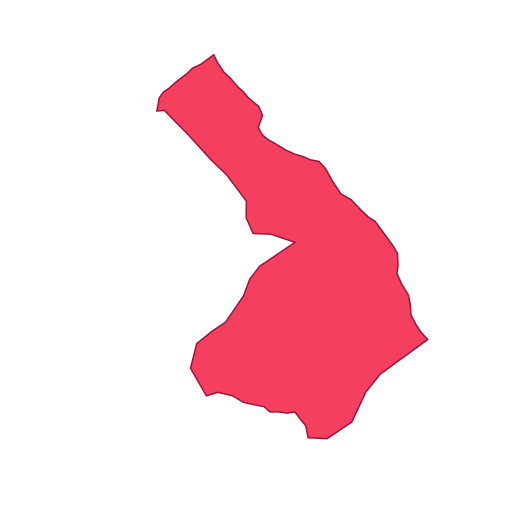 the district of Melounta, Cyprus, rotated 146°
{"feature_id": "46923920B6129674637399", "entity_name": "Melounta", "entity_type": "district", "adm_level": 2, "iso_a3": "CYP", "parent_name": "Cyprus", "parent_adm1": "", "projection": "equal_earth", "projection_center": [33.699, 35.324], "detail": "fine", "context": "isolated", "style": "filled", "palette": "rose", "viewbox_px": 512, "rotation_deg": 146, "n_neighbors": 0, "source": "geoboundaries", "source_scale": "gbopen_adm2", "svg_char_len": 1133}
<svg xmlns="http://www.w3.org/2000/svg" viewBox="0 0 512 512"><g transform="rotate(146 256 256)"><path d="M160.4,90.8L161.8,100.7L161.8,109.1L160.5,120.3L155.3,129.4L151.5,138.4L150.8,152.4L148.9,162.9L143.7,168.5L137.3,178.9L136.7,188.0L137.3,203.4L137.9,218.1L141.2,225.7L143.7,237.6L145.7,249.5L150.8,260.0L150.8,274.6L149.5,289.3L150.8,299.1L157.2,305.4L161.1,311.7L166.9,318.7L172.0,327.0L176.5,336.8L181.0,345.9L183.0,352.9L182.3,361.3L172.0,369.0L170.1,378.1L174.0,392.0L174.6,399.0L176.5,406.0L177.8,417.9L179.8,426.3L179.8,438.2L178.5,446.5L194.6,445.8L203.6,447.2L211.3,445.8L224.2,445.1L234.5,443.7L241.5,443.7L248.0,441.0L257.1,431.6L250.6,428.0L244.3,393.9L239.6,361.5L234.9,339.3L233.3,306.9L242.7,293.3L245.8,276.2L231.7,266.0L216.0,245.5L236.4,245.5L258.4,245.5L274.1,240.4L288.3,230.1L318.1,218.2L335.4,218.2L354.2,216.5L373.1,199.5L375.3,167.8L363.8,164.3L353.5,153.1L348.3,141.9L342.5,135.6L333.5,126.6L331.6,118.9L325.2,114.7L318.1,108.4L311.0,104.9L310.4,95.1L309.7,87.5L314.4,76.2L299.2,64.8L269.4,64.8L241.1,81.8L219.1,88.6L172.0,90.3L160.4,90.8Z" fill="#f43f5e" stroke="#9f1239" stroke-width="1.5"/></g></svg>